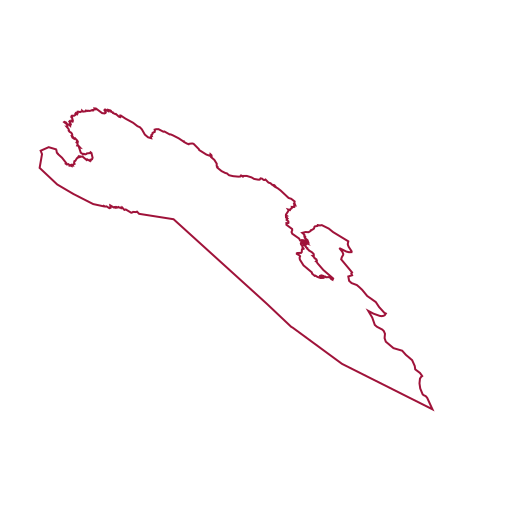 Skånland nor, Troms, Norway (Robinson projection), rotated 39°
{"feature_id": "86288312B73235006037434", "entity_name": "Skånland nor", "entity_type": "district", "adm_level": 2, "iso_a3": "NOR", "parent_name": "Norway", "parent_adm1": "Troms", "projection": "robinson", "projection_center": [16.957, 68.61], "detail": "fine", "context": "isolated", "style": "outline", "palette": "rose", "viewbox_px": 512, "rotation_deg": 39, "n_neighbors": 0, "source": "geoboundaries", "source_scale": "gbopen_adm2", "svg_char_len": 5976}
<svg xmlns="http://www.w3.org/2000/svg" viewBox="0 0 512 512"><g transform="rotate(39 256 256)"><path d="M25.6,311.5L32.4,323.7L56.5,325.5L75.2,322.7L96.8,318.1L106.3,313.3L106.2,312.8L107.6,312.6L108.6,311.5L112.0,311.1L112.6,310.1L111.5,309.0L112.4,309.1L112.6,308.6L111.8,308.8L111.4,308.3L115.0,307.8L115.5,307.4L115.3,306.9L115.6,306.6L116.7,306.8L117.2,306.2L116.9,305.7L118.0,305.3L118.2,304.5L119.4,304.4L120.0,303.7L121.3,303.7L121.6,303.1L121.3,303.1L121.2,302.5L124.7,303.0L125.5,301.8L131.8,300.9L132.6,299.8L132.7,299.1L135.1,297.4L135.6,296.4L138.6,296.8L168.8,279.3L294.2,286.3L328.0,288.9L329.5,288.6L390.7,285.7L489.6,264.1L478.3,258.5L476.1,258.1L473.7,258.7L472.5,258.6L467.0,255.6L463.2,252.1L460.6,248.1L460.4,246.1L460.7,244.7L457.1,243.7L451.1,243.9L448.6,241.6L442.9,238.7L434.6,238.5L429.2,237.6L420.8,241.1L410.8,240.9L407.6,238.9L405.2,235.3L402.6,233.9L400.4,233.7L394.5,234.9L391.7,234.8L385.1,230.7L377.8,228.0L383.5,226.9L389.8,224.7L391.5,223.7L392.7,222.3L393.3,221.0L393.1,219.0L391.5,219.4L383.8,218.2L378.1,216.4L367.6,217.1L359.9,215.5L356.0,215.2L352.7,215.1L347.3,216.9L344.0,216.7L340.6,213.8L342.8,210.5L341.0,209.5L341.0,208.3L324.3,205.0L323.5,203.1L323.0,200.2L322.5,199.5L320.4,198.4L315.8,197.4L323.4,195.7L325.8,194.6L327.8,192.9L327.4,192.2L322.1,190.5L320.6,189.6L319.8,189.0L318.5,186.5L300.9,188.9L295.3,188.9L287.7,190.6L286.5,192.0L285.1,192.8L285.3,192.9L284.7,193.6L284.8,194.0L283.1,196.0L283.1,196.7L283.8,198.2L283.2,200.2L282.4,201.5L282.7,202.2L281.8,204.5L279.4,206.2L277.4,208.9L280.2,209.0L281.4,210.0L283.1,210.3L281.8,210.7L282.5,211.2L286.1,211.3L287.6,212.2L284.7,212.8L282.8,214.0L283.7,214.1L285.5,213.3L288.4,213.9L287.5,214.2L287.3,214.5L287.8,214.8L287.5,215.3L285.6,216.5L286.3,217.6L288.4,217.0L289.4,217.7L290.9,217.6L291.1,218.1L293.0,218.1L293.4,218.4L296.9,217.9L299.4,218.1L300.4,218.9L300.3,219.4L300.7,219.7L300.1,220.2L302.5,220.5L302.9,220.9L305.0,220.6L306.0,221.2L305.8,221.5L306.3,222.1L306.2,222.4L306.9,222.3L308.2,222.9L317.1,224.5L330.1,224.9L330.3,225.5L329.4,225.8L330.0,226.4L329.0,226.6L327.2,226.2L325.7,226.7L323.9,228.4L322.9,228.4L322.7,229.0L321.1,229.0L319.0,229.9L318.4,230.9L319.3,231.2L320.0,230.8L319.2,231.7L320.0,231.9L321.2,230.7L321.8,230.9L320.0,232.5L316.9,233.6L314.5,233.9L314.2,234.5L310.7,234.4L309.7,233.6L298.8,233.4L292.4,231.2L291.0,230.0L290.4,228.4L289.2,228.2L286.4,228.7L286.0,228.2L286.3,227.6L289.1,225.2L289.1,224.2L287.5,221.9L288.5,220.5L288.3,220.2L286.7,220.0L285.2,218.8L283.8,218.7L282.8,217.9L282.7,217.4L284.1,216.9L284.8,215.3L285.9,215.2L285.8,214.9L283.4,215.0L280.5,216.2L278.5,215.3L270.2,215.9L268.5,215.0L268.0,213.3L267.1,212.3L260.0,212.6L258.9,211.3L260.2,210.3L260.4,209.9L259.8,209.1L259.3,208.7L257.1,208.7L257.0,207.3L256.5,207.5L256.1,206.9L255.1,207.2L254.3,206.3L254.8,205.4L253.6,205.5L253.2,204.9L252.8,200.7L252.5,200.0L251.6,199.7L253.5,198.9L253.2,198.0L253.7,196.5L253.4,196.2L253.5,195.4L253.1,195.2L254.8,194.0L254.9,193.5L254.1,193.4L254.2,192.3L252.6,191.5L252.6,191.1L253.3,191.1L252.4,190.6L251.7,189.3L247.3,189.4L244.8,190.4L233.9,189.6L230.2,189.7L227.2,190.3L226.6,190.3L227.3,189.7L225.7,189.4L223.6,190.5L221.5,190.3L219.5,191.1L215.2,190.6L214.8,191.6L214.0,192.1L212.0,192.1L210.7,192.8L210.8,194.4L209.5,195.4L206.0,197.3L203.1,197.7L198.4,199.6L195.2,202.2L195.7,202.2L195.9,202.5L195.7,202.7L193.7,202.8L193.7,204.2L192.4,205.4L187.9,208.4L184.2,210.2L181.3,210.1L180.0,210.8L175.8,211.7L170.5,211.7L169.2,211.2L170.9,211.1L168.7,210.7L167.4,209.0L163.1,207.5L158.8,207.4L158.2,206.6L158.6,206.3L158.4,206.1L157.9,206.4L157.7,206.2L158.0,205.9L157.8,205.7L156.5,205.6L157.2,206.8L157.0,207.2L153.6,208.4L145.2,209.4L144.3,208.9L136.9,208.1L135.6,208.7L133.4,210.9L133.4,211.5L131.5,212.1L128.1,212.7L127.7,212.3L127.1,212.7L121.8,213.2L115.6,214.5L113.1,215.2L112.5,215.8L106.4,216.9L105.8,217.7L100.4,218.8L98.6,220.3L97.7,221.6L98.7,222.4L99.2,223.5L98.5,224.4L98.2,225.5L98.7,226.0L98.6,227.8L99.3,228.2L98.9,228.4L99.4,229.0L99.3,229.6L100.4,230.4L97.4,231.7L93.2,231.6L87.6,229.4L84.8,229.0L82.2,229.7L76.7,229.8L68.1,231.4L62.8,231.9L63.0,232.5L62.3,232.6L62.9,233.6L61.8,234.0L57.7,233.8L57.5,234.2L54.8,234.9L54.4,234.5L52.6,235.1L52.0,234.5L51.3,234.5L49.3,235.4L50.0,235.9L49.2,236.3L49.5,236.5L47.3,236.9L47.5,237.4L46.4,237.5L46.4,238.0L48.8,238.8L49.0,239.6L48.6,239.9L48.6,240.5L46.5,241.8L38.8,242.1L38.2,242.5L38.6,243.0L37.7,243.2L38.2,243.7L37.8,244.8L37.3,245.2L37.7,245.5L37.4,245.8L36.7,246.1L35.5,247.9L34.0,248.8L34.0,249.2L32.3,250.0L32.6,250.7L30.9,252.5L29.6,252.5L30.1,253.0L29.1,253.9L28.8,254.8L27.0,255.7L27.0,256.1L26.5,256.3L26.7,257.1L27.6,257.4L27.8,258.4L26.0,258.4L26.1,259.1L26.9,259.2L26.8,260.2L26.3,261.6L24.7,262.7L24.6,263.2L25.6,263.9L25.3,264.3L26.5,264.6L28.5,266.1L28.3,266.4L28.6,266.8L27.8,267.0L28.2,267.4L27.3,267.8L27.3,268.3L26.3,268.4L26.3,269.0L27.1,269.1L27.7,269.8L28.9,270.0L29.4,270.4L29.3,271.3L29.6,271.7L28.1,271.6L26.2,272.4L24.4,271.8L22.7,272.3L22.6,272.7L26.1,272.6L27.8,273.8L28.1,274.4L27.6,274.7L30.3,275.2L31.8,276.2L30.8,276.3L33.0,276.8L34.5,276.5L35.7,276.7L36.8,277.3L37.6,278.4L38.4,278.6L37.7,278.9L38.8,279.5L41.2,279.3L41.3,278.4L44.5,278.8L44.6,279.4L45.4,279.4L45.3,280.5L45.8,280.3L45.8,280.7L47.1,281.3L47.5,282.7L48.8,282.1L50.8,282.4L49.9,282.8L54.8,286.0L57.3,285.8L58.0,285.5L58.0,284.9L59.3,284.5L60.0,283.4L60.0,282.7L62.2,280.5L62.1,279.5L63.3,279.5L67.2,282.5L67.7,284.0L67.1,284.8L67.4,285.5L66.8,285.7L67.2,286.6L64.1,287.1L64.3,287.8L65.0,288.0L58.4,287.9L57.1,289.5L56.3,289.3L55.9,289.9L56.5,290.4L56.0,291.1L55.5,290.8L55.6,292.2L55.3,292.6L55.7,295.8L55.2,296.5L55.7,297.7L57.0,298.6L56.4,299.5L56.3,300.8L56.9,301.0L56.1,301.8L55.7,301.1L55.2,301.1L54.9,301.6L55.7,302.2L54.8,302.4L54.2,303.2L53.6,302.7L52.3,302.7L51.5,303.9L50.0,304.0L50.0,303.2L43.4,301.7L37.8,301.4L37.6,301.1L36.3,301.1L33.7,298.9L34.1,298.7L26.4,301.9L22.4,309.7L25.6,311.5Z" fill="none" stroke="#9f1239" stroke-width="2"/></g></svg>